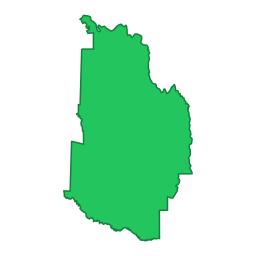 Pedro Vicente Maldonado, Pichincha, Ecuador (Equal Earth projection)
{"feature_id": "8360857B92001887030544", "entity_name": "Pedro Vicente Maldonado", "entity_type": "district", "adm_level": 2, "iso_a3": "ECU", "parent_name": "Ecuador", "parent_adm1": "Pichincha", "projection": "equal_earth", "projection_center": [-79.051, 0.161], "detail": "fine", "context": "isolated", "style": "filled", "palette": "green", "viewbox_px": 256, "rotation_deg": 0, "n_neighbors": 0, "source": "geoboundaries", "source_scale": "gbopen_adm2", "svg_char_len": 5767}
<svg xmlns="http://www.w3.org/2000/svg" viewBox="0 0 256 256"><path d="M148.3,50.0L147.9,49.9L147.7,48.8L148.1,48.4L148.2,47.7L147.7,46.5L146.9,45.4L146.1,45.1L143.2,44.8L142.1,44.2L140.6,42.4L141.4,40.4L141.7,38.3L141.6,36.8L141.4,36.3L140.9,35.9L140.1,35.3L137.6,34.2L136.5,34.0L135.0,34.1L134.6,34.3L132.5,37.3L132.1,37.6L131.2,36.8L130.9,35.7L130.6,35.2L130.2,35.0L128.5,34.9L127.8,35.3L127.3,34.2L127.1,33.4L127.1,30.4L126.5,26.2L126.2,25.5L125.9,25.3L124.5,26.5L124.2,26.5L122.1,25.6L121.9,25.4L122.0,25.0L121.8,24.7L121.3,24.2L119.5,24.6L117.0,26.2L113.6,29.9L111.7,31.0L110.4,30.7L108.2,29.4L106.2,28.1L104.6,26.3L101.5,27.0L100.5,26.4L99.4,25.3L98.9,25.3L98.3,25.6L98.2,26.0L98.0,26.6L98.1,27.1L98.8,28.8L100.3,30.3L100.3,30.8L100.0,31.2L99.5,31.6L98.9,31.7L98.1,31.2L97.4,30.3L97.0,29.5L95.9,24.1L93.4,21.6L92.1,21.1L91.2,20.3L91.0,20.0L90.8,19.0L90.7,18.0L90.1,16.9L89.5,16.4L87.8,15.9L86.3,15.8L84.6,15.4L83.6,15.4L83.2,15.7L82.9,16.1L82.7,16.8L82.1,17.5L80.1,19.2L81.2,19.7L81.8,21.7L82.2,22.5L82.8,23.3L83.8,23.1L83.9,22.5L84.5,22.3L85.4,22.8L86.0,23.6L86.5,23.9L86.7,24.6L86.5,25.3L86.1,25.9L86.0,26.3L86.2,27.1L86.8,27.9L87.4,28.3L87.8,28.3L87.9,27.3L88.4,26.2L88.8,26.2L89.3,27.4L89.3,29.5L87.0,30.7L86.8,30.9L87.9,33.3L93.4,32.9L93.4,49.1L82.4,49.1L81.7,49.6L80.1,104.7L78.4,104.7L78.4,112.7L77.9,113.4L76.8,113.7L76.7,114.4L77.7,114.5L78.4,115.0L78.5,115.4L78.2,116.0L78.4,116.5L79.3,115.8L79.7,115.8L79.9,117.4L80.4,118.5L80.8,118.8L81.6,118.7L82.3,119.8L81.5,120.7L81.1,122.5L81.1,124.4L81.3,125.2L82.1,126.4L82.3,127.3L82.6,131.0L83.4,131.0L83.6,144.2L71.8,141.4L71.6,141.5L70.1,191.1L63.9,190.9L63.9,191.8L64.2,192.6L64.4,194.2L64.3,195.2L64.3,196.0L66.2,198.2L66.6,198.3L67.5,197.6L67.9,197.9L68.4,198.7L69.1,198.6L70.0,199.1L71.3,198.7L72.3,197.6L72.6,197.6L73.3,198.1L74.6,200.4L75.1,201.8L75.7,201.6L76.4,200.8L76.7,200.8L76.5,202.0L76.8,202.7L76.8,204.0L77.0,204.1L77.7,203.5L78.2,203.5L78.5,204.3L78.4,205.8L78.7,205.8L79.2,204.6L79.3,204.5L79.6,204.8L79.8,205.6L80.5,206.9L80.4,207.7L80.0,208.4L80.1,208.8L80.7,209.2L81.1,210.0L81.9,210.5L82.5,211.3L83.0,211.5L83.5,212.1L84.0,211.9L84.2,212.0L85.1,212.6L86.2,213.8L86.1,216.0L86.2,216.4L87.0,217.1L87.2,217.8L87.8,218.0L88.2,218.4L89.6,218.9L90.6,217.8L90.9,217.8L91.6,218.3L92.3,218.0L93.4,219.4L93.6,219.8L93.5,221.4L93.6,221.5L94.4,221.1L95.3,220.9L95.8,220.9L96.2,221.3L97.1,221.2L97.5,221.0L97.3,220.3L97.6,220.2L98.2,220.8L99.1,221.0L99.3,222.6L99.6,223.3L99.9,222.9L100.6,222.5L101.1,222.8L101.6,222.3L101.8,222.3L102.9,223.9L103.4,224.2L105.8,223.3L107.1,224.2L107.8,224.4L108.4,223.8L109.0,224.4L110.1,224.9L110.8,225.6L110.9,226.0L110.9,227.0L111.6,226.5L111.7,227.9L112.0,228.6L112.7,228.4L113.3,228.9L113.8,229.0L113.7,229.7L113.8,229.9L114.5,229.4L114.8,230.1L115.3,229.8L115.4,230.5L115.9,230.2L115.8,230.7L115.9,230.9L116.6,230.9L116.7,230.5L116.5,230.1L116.7,229.9L117.3,230.0L117.2,230.3L117.3,230.5L117.6,230.4L118.2,230.6L118.8,230.2L119.1,230.5L120.0,230.4L119.9,230.7L120.0,230.9L120.4,230.8L120.8,230.5L121.0,229.8L121.8,229.7L122.3,229.3L122.7,228.6L124.2,227.7L126.0,227.7L127.0,228.8L127.9,228.1L128.2,228.6L128.1,229.3L128.3,229.5L128.8,229.3L129.0,229.9L129.8,230.4L130.0,230.3L129.9,229.8L130.0,229.6L131.4,231.5L133.6,233.3L134.3,233.6L135.1,234.2L135.7,234.1L136.3,234.4L136.3,234.9L136.8,235.1L136.4,235.1L136.4,235.3L136.6,235.5L136.8,235.9L137.2,236.0L137.4,236.3L137.7,236.1L137.9,236.5L137.8,237.2L139.0,237.4L139.3,237.8L138.9,238.1L138.9,238.3L139.5,238.5L140.3,239.8L140.8,239.6L141.5,240.3L142.8,239.9L143.2,240.2L143.6,240.2L144.5,240.6L144.9,240.4L145.3,240.6L145.2,240.1L145.4,240.0L147.0,240.4L147.3,240.1L147.4,239.6L147.7,239.4L147.9,239.5L148.1,240.0L149.6,239.9L150.2,239.6L151.1,240.0L151.3,239.1L151.5,239.1L152.0,239.5L152.3,239.5L153.0,239.2L153.5,238.4L154.0,238.3L155.6,238.9L158.0,238.4L159.5,238.5L159.4,210.3L167.5,210.2L167.5,196.7L171.1,198.0L172.7,198.1L177.2,191.0L177.2,189.3L177.7,188.1L177.7,187.2L176.8,186.5L176.1,186.4L175.8,185.8L176.8,185.0L177.8,184.9L179.0,182.9L179.6,180.7L179.4,179.3L178.5,178.8L178.3,178.2L178.6,175.9L178.5,173.9L192.0,173.8L192.1,173.4L192.0,172.7L191.4,171.1L189.8,168.1L190.0,167.3L190.7,166.4L190.8,165.6L189.9,164.4L189.3,163.0L189.2,159.7L188.6,158.2L188.7,157.5L190.1,155.2L190.4,154.3L190.4,153.4L190.2,150.0L190.0,149.3L189.5,148.9L189.3,148.2L189.2,146.9L189.3,145.6L189.6,144.8L190.1,144.2L191.0,144.0L191.5,143.4L191.7,142.4L192.1,139.2L191.8,138.3L190.5,137.2L190.1,136.5L190.3,135.5L190.9,134.7L190.4,131.4L190.1,130.6L189.5,130.0L189.3,129.6L189.7,126.2L190.0,125.2L189.2,123.5L189.2,123.1L189.7,121.9L190.0,119.4L190.2,119.0L189.8,118.0L189.7,117.3L189.2,116.5L189.2,115.7L188.8,114.6L189.0,113.5L188.6,112.0L187.8,110.7L188.2,109.4L187.6,108.8L187.6,108.6L188.3,108.3L188.2,107.3L189.1,106.7L188.7,105.3L188.4,104.8L187.6,104.2L187.3,103.5L186.7,103.4L186.2,103.8L185.9,103.7L185.9,102.8L185.7,102.4L185.7,101.6L185.4,101.2L184.7,100.6L184.2,99.4L184.0,98.3L183.7,98.3L183.0,97.6L182.0,96.1L181.3,96.0L180.8,96.4L180.6,96.2L180.4,96.0L180.1,93.9L180.0,93.6L179.3,93.8L178.8,93.7L178.5,92.8L178.0,91.1L177.5,90.8L175.9,90.7L175.5,90.4L175.6,89.1L175.4,87.8L175.0,86.0L174.4,84.6L174.2,84.6L173.6,85.2L172.6,86.6L171.8,86.9L170.6,89.3L169.3,91.5L168.0,92.8L166.7,93.4L166.4,92.9L165.1,89.5L164.9,89.2L164.3,89.0L163.7,89.7L163.2,91.4L162.0,92.4L161.4,92.5L160.9,91.9L160.0,89.8L159.6,89.3L158.8,88.6L157.6,88.3L156.8,87.5L156.4,86.8L156.2,85.1L155.7,84.2L153.1,83.5L152.1,82.7L150.0,78.7L149.0,75.1L148.4,73.4L148.5,73.1L149.4,72.8L149.5,72.2L148.7,69.0L148.2,67.9L148.4,66.3L148.2,63.4L148.7,61.2L149.2,60.0L149.4,59.0L149.2,57.8L148.4,55.1L148.6,54.5L149.5,53.4L149.6,52.9L149.5,52.5L148.2,50.5L148.1,50.1L148.3,50.0Z" fill="#22c55e" stroke="#15803d" stroke-width="1.5"/></svg>